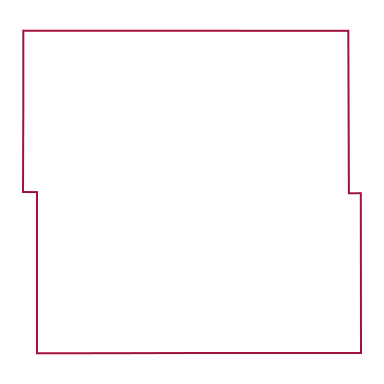 outline of Black Hawk, Iowa, United States of America
{"feature_id": "52423323B64138679550373", "entity_name": "Black Hawk", "entity_type": "district", "adm_level": 2, "iso_a3": "USA", "parent_name": "United States of America", "parent_adm1": "Iowa", "projection": "orthographic", "projection_center": [-92.335, 42.47], "detail": "fine", "context": "isolated", "style": "outline", "palette": "rose", "viewbox_px": 384, "rotation_deg": 0, "n_neighbors": 0, "source": "geoboundaries", "source_scale": "gbopen_adm2", "svg_char_len": 275}
<svg xmlns="http://www.w3.org/2000/svg" viewBox="0 0 384 384"><path d="M23.3,111.4L23.0,192.0L37.0,192.1L37.0,353.3L117.6,353.2L199.2,353.0L361.0,353.0L361.0,351.2L360.8,193.2L348.9,193.3L348.3,30.8L23.3,30.7L23.3,111.4Z" fill="none" stroke="#9f1239" stroke-width="2"/></svg>